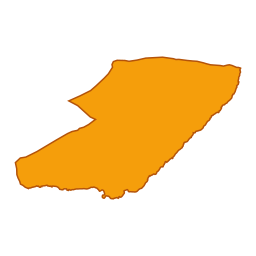 South Ambae, Penama, Vanuatu
{"feature_id": "77236927B86395134968187", "entity_name": "South Ambae", "entity_type": "district", "adm_level": 2, "iso_a3": "VUT", "parent_name": "Vanuatu", "parent_adm1": "Penama", "projection": "mercator", "projection_center": [167.858, -15.42], "detail": "fine", "context": "isolated", "style": "filled", "palette": "amber", "viewbox_px": 256, "rotation_deg": 0, "n_neighbors": 0, "source": "geoboundaries", "source_scale": "gbopen_adm2", "svg_char_len": 5773}
<svg xmlns="http://www.w3.org/2000/svg" viewBox="0 0 256 256"><path d="M162.6,57.2L145.8,58.1L137.0,60.1L129.0,61.3L124.9,60.5L117.1,60.3L113.4,61.6L112.0,64.5L112.5,67.3L108.4,73.8L104.2,78.2L95.9,86.0L90.6,90.6L80.2,95.8L68.8,100.9L77.7,105.6L90.3,117.0L95.5,119.4L88.7,124.5L83.8,127.2L79.5,128.4L77.6,130.3L72.1,131.5L67.5,133.6L56.4,140.0L36.9,151.6L25.8,157.1L20.3,158.0L15.4,162.6L16.7,168.7L16.9,174.7L18.1,178.1L19.7,181.3L20.5,184.1L23.0,185.4L25.2,187.2L28.5,188.6L28.8,188.1L29.8,188.0L30.2,188.0L30.7,187.9L31.4,187.6L31.9,187.4L32.5,187.2L33.3,187.1L34.4,186.8L34.8,186.8L36.4,186.1L36.6,185.9L36.8,185.9L37.2,186.2L37.7,186.3L38.2,186.1L38.4,186.2L38.6,186.3L39.2,187.0L39.5,187.2L40.3,187.2L40.6,187.2L40.9,186.5L41.1,186.3L41.7,186.5L41.7,186.2L42.0,186.1L42.8,186.0L43.5,185.8L44.5,185.8L46.7,185.3L47.0,185.2L47.5,185.5L47.8,186.0L48.2,186.0L48.3,185.9L48.8,186.1L49.4,186.3L50.3,186.1L51.1,186.6L51.3,186.3L51.5,186.4L51.6,186.7L52.0,186.9L52.3,186.2L52.7,186.1L53.3,186.1L53.9,186.2L54.6,186.3L54.9,186.3L56.5,186.5L57.1,186.8L58.2,187.4L58.4,187.6L59.4,188.7L59.7,189.3L60.2,189.4L60.6,189.4L61.0,189.6L61.5,189.7L62.9,189.8L63.1,189.4L64.2,188.8L66.0,188.9L66.3,188.8L66.8,189.2L67.0,190.1L67.5,190.2L68.0,190.4L68.4,190.1L68.6,190.3L68.8,190.1L68.9,189.6L69.5,189.6L70.2,190.0L70.3,190.1L71.1,190.1L71.6,189.8L72.2,189.6L73.4,189.7L75.1,189.2L76.2,189.0L76.9,188.9L77.8,189.0L78.6,188.9L79.8,188.8L82.1,188.8L83.9,188.6L86.1,188.9L87.1,188.9L88.0,188.7L88.5,188.5L89.8,188.0L91.0,187.3L91.4,187.3L92.8,187.4L93.3,187.1L94.0,187.1L94.6,187.2L95.0,187.4L95.3,187.7L96.3,187.9L97.1,188.3L97.6,188.9L98.5,189.7L99.3,190.9L99.6,191.2L100.1,191.1L100.5,190.9L101.7,190.1L102.0,190.0L102.5,190.0L102.9,190.2L103.6,190.8L104.0,191.5L104.2,192.2L104.7,194.0L104.6,194.4L104.5,194.7L103.8,195.0L103.0,195.0L102.8,195.1L102.5,195.4L102.3,196.3L102.3,196.9L102.5,197.5L103.0,197.9L103.8,198.2L104.4,198.1L105.1,197.2L105.6,196.2L106.0,195.9L106.7,195.9L107.5,196.1L108.2,196.2L108.5,196.2L108.9,196.4L109.5,197.1L109.9,197.4L110.5,198.3L110.8,198.5L111.4,198.6L111.8,198.7L112.6,198.7L113.0,198.8L113.4,198.8L113.8,198.4L114.1,198.4L114.7,198.2L115.2,197.9L115.7,198.0L116.2,197.8L116.5,197.6L117.0,197.6L118.0,198.2L118.3,198.3L118.7,197.9L118.9,197.0L119.1,196.7L119.3,196.6L120.0,197.1L120.6,197.2L121.4,196.9L122.0,196.3L122.6,195.6L123.2,194.7L123.8,193.9L124.3,193.1L124.3,192.3L124.0,191.1L124.2,190.7L125.0,190.4L126.1,190.1L126.8,189.7L127.1,189.6L127.5,189.7L128.0,190.4L128.3,191.2L128.8,191.7L129.4,191.8L130.6,191.7L131.6,191.8L134.0,191.9L134.5,192.0L135.0,192.0L136.4,191.7L137.0,191.3L137.3,191.1L138.7,189.6L139.4,189.1L139.9,188.8L140.7,188.5L141.6,188.3L143.6,186.2L144.0,185.7L144.8,184.3L145.5,182.9L146.1,182.3L146.7,181.9L147.3,181.1L147.8,179.9L147.8,179.6L147.5,179.3L147.7,178.9L147.9,178.4L148.2,177.6L148.8,176.8L149.2,176.0L149.6,175.7L149.9,176.0L150.0,176.1L151.4,175.2L151.9,175.1L152.5,174.8L153.3,174.2L153.9,174.0L154.3,174.1L154.9,174.4L155.9,174.1L156.3,173.4L156.6,173.0L156.8,172.2L157.2,171.7L158.1,171.1L158.4,170.8L158.8,170.3L159.9,168.5L160.3,167.6L160.5,167.4L160.9,167.1L161.7,166.8L162.0,166.7L162.8,166.9L163.1,166.6L163.2,166.2L163.7,165.1L164.3,164.2L164.4,163.8L165.0,163.0L165.0,162.5L165.3,161.8L165.6,161.6L165.9,161.7L166.6,162.2L166.8,162.3L167.3,161.7L167.8,161.4L168.2,161.1L168.6,160.6L169.1,160.2L169.8,159.3L170.7,158.8L171.6,158.2L172.0,157.8L172.3,158.0L172.6,158.4L172.8,158.2L172.7,157.8L172.8,157.6L172.9,157.3L174.4,155.7L175.1,154.3L175.6,153.7L176.6,152.8L177.9,151.1L178.5,150.3L178.8,150.1L179.4,149.8L180.0,149.4L181.1,148.4L181.7,148.1L182.3,147.4L182.3,147.1L182.3,146.8L182.9,146.4L183.0,146.2L183.2,145.5L183.2,144.9L183.6,144.4L183.7,144.1L183.7,143.8L183.7,143.4L184.0,143.1L184.1,142.7L184.4,142.4L184.6,142.5L184.8,142.5L185.3,142.1L186.3,141.9L186.8,141.7L187.2,141.5L188.0,140.6L188.8,139.3L189.7,138.5L190.0,138.0L190.4,137.8L191.0,137.6L191.3,137.4L191.2,136.8L191.5,136.4L192.4,135.5L193.4,133.6L193.5,133.2L193.4,132.8L194.1,133.0L195.0,132.6L195.3,132.6L195.4,132.3L195.5,131.8L195.8,131.5L196.2,131.2L196.5,131.2L197.0,131.2L198.1,130.7L198.4,130.8L198.7,130.7L199.2,130.4L199.7,130.4L200.1,130.3L200.4,130.0L200.9,129.9L201.2,129.7L202.3,128.7L202.9,128.1L203.2,127.7L203.5,126.6L203.7,126.2L205.3,125.0L205.6,124.6L206.0,123.8L206.4,123.1L207.1,122.0L207.5,121.5L208.2,120.9L208.8,120.6L209.4,120.0L209.9,119.3L210.0,118.8L209.9,118.4L210.2,118.1L210.8,117.8L211.3,116.9L211.5,115.8L211.8,115.7L212.4,115.6L213.0,115.3L213.1,114.9L215.3,113.6L216.1,112.9L216.4,112.7L217.7,112.3L218.3,112.6L218.6,112.4L218.9,112.2L219.1,111.6L219.2,110.9L219.5,110.7L220.1,110.6L220.2,110.4L221.4,108.4L221.5,107.7L221.2,107.3L221.4,107.2L221.7,106.8L221.8,106.6L222.1,106.3L222.2,106.0L222.2,105.8L222.3,105.6L222.6,105.3L223.3,105.0L223.9,104.8L224.4,104.8L224.8,104.5L224.9,104.2L225.4,103.7L226.7,103.1L227.1,102.8L227.5,102.1L228.2,101.3L228.4,101.1L228.8,100.9L229.1,100.6L230.0,99.9L230.8,98.9L231.3,98.6L231.6,98.1L231.8,97.6L232.1,96.7L232.1,95.7L232.7,95.1L232.7,94.7L232.8,94.4L233.1,94.2L233.8,94.0L233.8,93.8L234.3,93.2L234.5,92.7L234.9,92.1L235.1,91.7L236.1,88.5L236.2,88.2L236.8,87.4L236.9,86.8L236.7,86.0L236.8,85.7L237.3,85.1L238.1,84.5L238.4,83.9L238.5,83.4L238.3,82.7L238.6,82.3L238.9,82.0L238.7,81.7L238.2,81.5L238.1,81.0L238.3,80.0L238.5,79.5L238.7,78.4L238.7,77.5L238.9,76.9L239.6,75.6L239.7,75.2L239.7,73.6L240.4,72.5L240.5,72.1L240.5,71.8L240.2,71.3L240.2,70.6L239.9,70.4L239.8,70.0L240.1,69.3L240.6,68.5L240.6,68.1L238.2,67.4L236.6,67.4L232.1,65.5L229.4,64.8L227.3,65.1L223.5,66.1L220.1,65.5L210.5,64.8L205.9,63.6L203.6,62.9L197.1,61.3L192.7,61.0L187.4,60.5L178.9,59.4L175.9,59.5L173.4,58.7L162.6,57.2Z" fill="#f59e0b" stroke="#b45309" stroke-width="1.5"/></svg>